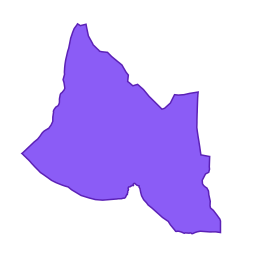 outline of Dhi As Sufal, Ibb, Yemen, rotated 6°
{"feature_id": "15242507B30509231446221", "entity_name": "Dhi As Sufal", "entity_type": "district", "adm_level": 2, "iso_a3": "YEM", "parent_name": "Yemen", "parent_adm1": "Ibb", "projection": "orthographic", "projection_center": [44.071, 13.832], "detail": "fine", "context": "isolated", "style": "filled", "palette": "violet", "viewbox_px": 256, "rotation_deg": 6, "n_neighbors": 0, "source": "geoboundaries", "source_scale": "gbopen_adm2", "svg_char_len": 3519}
<svg xmlns="http://www.w3.org/2000/svg" viewBox="0 0 256 256"><g transform="rotate(6 128 128)"><path d="M66.9,29.7L66.3,31.0L64.1,34.7L62.9,38.9L62.3,41.8L62.1,42.4L61.9,43.5L61.6,44.6L61.5,46.1L61.1,50.4L61.0,51.5L60.7,54.8L60.0,58.0L59.6,61.3L58.9,67.0L58.7,71.2L58.7,74.8L58.7,75.0L58.8,76.5L58.8,77.3L58.9,79.2L59.3,81.4L59.2,81.8L59.0,83.0L58.9,83.4L58.8,84.1L58.6,85.3L58.4,86.5L58.4,86.8L59.6,89.5L60.4,92.6L60.5,93.0L60.7,93.7L60.8,94.1L61.0,95.2L60.4,97.0L59.2,98.8L58.8,99.5L57.9,100.3L57.5,100.9L57.2,101.5L57.0,103.1L57.0,103.4L56.9,104.7L56.8,105.2L56.8,106.7L57.0,108.2L57.1,110.3L56.7,111.7L56.6,112.1L56.0,113.3L54.5,114.4L54.0,114.8L53.3,116.0L52.7,117.1L52.4,117.8L52.1,118.8L52.0,119.1L52.3,120.0L52.1,125.0L52.5,129.3L51.2,133.1L49.0,136.9L48.5,137.0L47.4,137.9L46.4,138.6L45.3,139.5L44.6,140.1L43.1,142.0L41.2,145.6L39.3,148.5L36.2,151.6L25.7,163.9L25.1,164.4L25.4,164.6L26.6,165.5L27.4,166.2L30.0,168.2L30.4,168.6L31.0,169.0L32.9,170.5L33.7,171.2L34.6,172.0L35.7,173.1L37.8,174.9L38.0,175.1L39.6,176.5L40.6,177.3L44.7,180.7L45.5,181.4L48.7,183.1L51.0,184.4L57.0,187.8L57.2,188.0L62.3,189.9L68.3,191.6L71.3,192.3L74.7,192.9L78.3,195.3L88.4,200.0L94.4,201.2L97.0,201.7L103.0,202.6L110.3,202.4L124.1,199.8L124.5,199.8L125.0,199.5L127.4,199.2L128.9,199.0L130.6,198.3L131.9,198.1L132.7,197.3L133.4,195.3L133.8,194.3L134.3,194.2L134.2,193.7L134.3,192.9L134.5,192.3L134.4,191.9L134.3,191.1L134.5,190.4L134.8,190.1L134.8,189.4L134.9,188.8L134.6,188.5L134.4,187.9L134.6,186.9L135.1,186.4L135.6,186.4L135.9,186.4L136.2,186.3L136.5,185.9L136.8,185.5L137.4,185.4L137.9,184.8L138.5,184.4L138.8,184.6L139.1,184.8L139.4,184.6L139.4,184.2L139.3,183.7L139.2,183.0L139.3,182.9L139.9,182.4L140.6,182.4L141.4,183.0L142.9,184.0L145.2,184.5L145.2,185.6L146.2,186.9L147.3,190.6L148.6,194.0L151.1,197.7L154.2,200.4L156.1,202.5L160.2,205.1L165.6,209.0L171.7,213.4L172.3,213.7L176.7,216.1L177.9,216.7L178.2,217.2L180.3,219.9L185.3,224.8L186.1,225.7L186.3,225.8L186.9,225.8L188.1,225.5L189.2,225.4L191.7,225.8L192.4,226.0L194.2,226.6L195.0,226.8L195.9,226.3L199.7,226.2L200.4,226.0L200.7,225.8L201.7,225.9L202.5,226.4L203.3,226.3L205.7,224.9L207.7,224.0L210.7,223.1L220.1,222.8L224.4,222.3L224.6,222.3L226.1,222.1L230.9,222.3L229.7,210.8L228.8,208.9L228.6,208.7L226.5,206.4L226.2,206.0L222.8,202.4L221.5,201.0L218.4,198.9L217.7,196.8L217.5,193.6L217.5,193.2L217.5,192.4L216.0,187.9L215.8,187.3L215.5,186.4L215.4,186.1L215.3,185.7L215.2,185.4L215.2,185.1L214.6,182.2L213.5,180.6L212.9,179.7L212.7,179.4L211.2,178.7L209.2,177.3L207.9,175.7L207.3,172.2L209.9,165.6L212.9,163.6L213.4,160.4L212.9,158.1L212.2,147.8L211.6,147.8L203.3,147.1L202.3,143.2L201.3,139.2L200.4,135.8L200.2,135.2L200.1,134.6L198.7,129.6L197.2,123.8L196.5,120.8L196.4,120.6L196.0,115.4L195.8,113.5L195.6,111.2L195.2,106.2L195.2,105.6L194.9,102.1L194.1,90.4L194.1,89.2L194.0,87.9L194.0,87.3L194.0,84.9L185.8,87.1L184.3,87.6L180.2,89.0L175.8,89.8L174.7,90.0L172.1,90.0L170.8,90.0L167.5,98.8L162.3,104.6L159.8,105.7L146.6,95.1L146.0,94.7L145.4,94.1L144.8,93.5L139.5,88.3L138.1,87.2L137.3,86.7L134.4,84.6L133.5,84.0L133.0,83.6L128.9,85.3L128.4,85.5L126.9,84.5L126.7,84.4L126.1,83.9L123.7,82.3L122.8,81.8L122.8,81.0L122.8,79.1L122.8,75.3L121.4,73.9L120.1,72.5L119.5,71.7L118.8,70.7L117.1,68.4L116.4,67.4L115.4,66.0L109.9,62.4L104.2,58.6L99.7,54.9L95.6,54.9L94.0,54.9L91.7,54.6L90.7,53.6L89.3,52.6L88.3,51.8L84.6,48.9L84.0,47.8L83.8,47.5L79.0,40.6L76.4,32.6L75.4,29.2L69.9,31.2L68.2,30.3L66.9,29.7Z" fill="#8b5cf6" stroke="#5b21b6" stroke-width="1.5"/></g></svg>